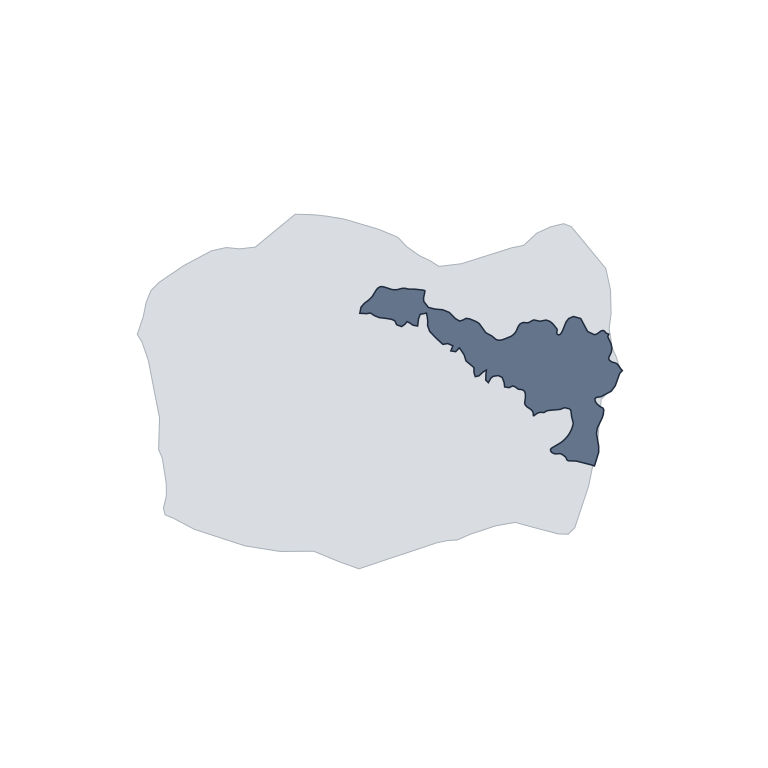 location of Mohale's Hoek within Lesotho, rotated 220°
{"feature_id": "LSO-1204", "entity_name": "Mohale's Hoek", "entity_type": "District", "adm_level": 1, "iso_a3": "LSO", "parent_name": "Lesotho", "parent_adm1": "", "projection": "albers", "projection_center": [27.808, -30.085], "detail": "fine", "context": "in_parent", "style": "filled", "palette": "slate", "viewbox_px": 768, "rotation_deg": 220, "n_neighbors": 0, "source": "natural_earth", "source_scale": "10m", "svg_char_len": 3917}
<svg xmlns="http://www.w3.org/2000/svg" viewBox="0 0 768 768"><g transform="rotate(220 384 384)"><path d="M487.5,499.1L469.2,504.8L466.6,505.2L455.0,503.8L439.3,505.1L427.1,508.2L417.5,509.4L402.0,525.9L373.6,570.6L366.1,579.9L364.0,597.5L357.4,611.5L349.4,622.3L341.6,624.9L318.2,620.6L288.2,615.0L270.8,601.5L255.2,583.8L247.0,570.9L238.4,563.8L235.4,559.8L223.2,553.9L218.6,550.8L214.5,548.6L209.5,540.1L206.6,532.6L207.7,511.8L199.0,499.5L184.1,478.4L174.6,461.1L161.7,437.5L153.7,417.3L145.4,396.4L146.4,387.3L154.2,381.1L177.0,370.4L194.7,362.2L207.3,347.1L221.1,324.8L227.8,311.4L234.5,305.2L241.9,295.7L254.7,274.7L269.1,251.4L284.4,226.3L303.9,219.1L330.4,210.7L356.0,188.9L386.5,170.6L435.8,150.8L458.7,145.9L467.5,143.1L473.0,146.9L478.8,158.4L487.0,168.0L506.3,184.8L514.5,188.9L534.2,213.8L555.4,230.9L579.8,250.7L596.4,260.6L604.9,263.4L611.7,280.8L618.7,293.7L622.6,305.8L621.6,317.5L613.5,346.0L601.8,375.1L592.6,387.1L581.5,394.7L570.6,406.1L566.3,429.5L561.1,457.0L547.0,468.2L536.0,475.6L520.8,484.6L487.5,499.1Z" fill="#d9dde1" stroke="#a8b0b8" stroke-width="1"/><path d="M200.9,506.3L199.0,505.5L196.5,501.7L195.1,498.4L192.3,487.3L189.4,482.6L179.6,474.4L175.7,469.8L170.1,456.5L173.4,455.2L187.4,448.4L193.1,443.9L194.5,443.4L195.5,443.6L196.7,444.3L198.3,444.8L202.5,444.5L204.3,443.9L205.6,442.7L206.7,441.5L208.7,440.0L211.7,439.4L213.5,439.9L214.5,441.2L214.4,442.7L211.0,452.4L210.4,454.5L209.9,458.8L209.9,462.8L210.3,466.1L210.9,468.7L211.6,471.0L213.2,474.6L213.5,475.2L214.2,475.9L219.4,479.7L223.8,483.8L225.2,484.2L226.4,484.0L228.2,483.0L229.6,482.5L230.5,481.7L231.1,480.9L232.0,479.1L232.4,478.3L232.9,477.6L241.3,469.1L241.9,468.2L242.4,467.0L242.8,465.8L243.1,465.0L243.9,464.3L245.0,463.6L246.0,462.7L246.9,461.7L247.5,460.7L247.9,459.6L248.8,455.9L249.2,455.8L249.9,456.3L250.8,457.6L252.7,458.6L255.3,458.9L259.7,458.4L262.2,458.7L264.0,459.8L266.9,464.4L268.2,466.0L269.5,467.4L271.6,468.7L273.5,468.7L275.7,467.8L277.7,466.3L281.1,466.2L284.1,465.4L285.8,461.6L289.7,459.3L293.0,462.4L297.7,465.0L301.9,463.9L305.3,460.1L305.9,457.0L304.9,452.1L308.6,452.4L312.2,457.0L314.5,460.5L315.8,457.0L316.5,451.3L318.8,448.3L322.4,450.6L325.7,454.4L331.0,454.4L336.0,454.4L341.3,457.8L346.6,459.4L349.5,460.1L349.9,454.8L354.1,452.3L355.8,457.5L361.1,456.0L364.4,452.2L372.7,452.6L377.3,453.0L382.9,453.7L388.2,456.8L391.2,460.6L394.1,463.3L397.1,465.6L399.1,463.0L401.1,460.7L399.4,456.1L395.5,450.0L399.5,447.7L403.4,447.3L406.4,446.6L406.4,443.2L407.4,439.3L412.4,437.5L416.4,439.4L420.0,438.3L425.0,435.3L430.3,431.8L434.9,430.3L440.2,429.6L442.2,427.0L448.0,422.6L451.0,428.1L450.9,433.1L449.6,438.9L449.2,443.3L450.3,450.4L450.4,453.3L449.5,456.0L448.0,457.5L445.6,458.7L438.6,461.5L436.5,463.0L434.4,464.9L431.9,468.6L430.2,470.2L429.0,471.2L427.8,471.6L426.9,472.1L425.8,472.8L421.3,476.5L414.2,481.2L413.3,481.5L412.8,481.8L412.0,480.9L408.8,475.0L406.5,472.8L399.2,471.2L392.9,474.3L391.9,475.0L386.8,478.6L380.0,480.8L371.3,480.0L366.6,480.8L364.6,483.8L363.4,487.0L360.4,488.9L353.4,491.1L349.8,491.5L339.3,488.8L337.5,489.0L332.4,490.1L326.9,490.1L324.8,490.9L323.1,492.3L321.6,494.2L317.3,502.2L316.6,505.2L316.5,508.7L318.2,514.5L318.4,517.3L317.3,520.1L316.3,521.1L313.9,522.7L312.8,523.9L312.2,525.2L311.1,528.1L310.4,529.4L304.8,532.4L301.6,536.4L300.7,537.3L297.2,538.6L293.6,538.7L286.8,537.3L286.0,536.6L284.6,534.2L283.6,533.5L281.7,533.8L281.0,535.2L281.0,537.2L281.4,539.3L284.4,548.5L284.6,552.9L282.3,557.5L275.4,560.6L261.7,555.1L254.5,557.0L253.1,559.1L251.8,564.3L250.4,566.0L248.7,566.2L246.6,565.7L243.8,566.7L243.1,564.1L235.7,560.7L232.5,558.0L230.3,554.5L228.8,548.7L227.3,547.2L224.1,547.2L219.8,549.0L218.4,549.2L216.3,548.9L212.3,547.8L212.2,547.8L210.0,547.5L210.3,543.8L205.7,531.3L205.3,524.6L209.7,513.5L212.7,510.4L212.9,508.1L211.0,506.5L207.9,505.6L203.4,505.7L200.9,506.3Z" fill="#64748b" stroke="#1e293b" stroke-width="1.5"/></g></svg>